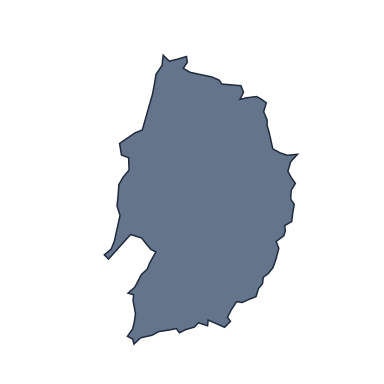 the district of Lagoa Bonita do Sul, Rio Grande do Sul, Brazil, rotated 69°
{"feature_id": "56859067B64847841628369", "entity_name": "Lagoa Bonita do Sul", "entity_type": "district", "adm_level": 2, "iso_a3": "BRA", "parent_name": "Brazil", "parent_adm1": "Rio Grande do Sul", "projection": "equal_earth", "projection_center": [-53.035, -29.505], "detail": "fine", "context": "isolated", "style": "filled", "palette": "slate", "viewbox_px": 384, "rotation_deg": 69, "n_neighbors": 0, "source": "geoboundaries", "source_scale": "gbopen_adm2", "svg_char_len": 1413}
<svg xmlns="http://www.w3.org/2000/svg" viewBox="0 0 384 384"><g transform="rotate(69 192 192)"><path d="M219.2,296.4L224.7,294.0L209.7,264.6L216.9,255.5L224.1,253.3L230.8,251.0L235.0,247.2L242.8,256.6L248.0,261.5L250.8,268.7L260.3,279.4L263.5,288.0L267.0,283.3L272.3,286.0L278.6,287.1L285.4,288.4L292.6,292.4L298.4,296.4L303.6,304.0L308.1,300.1L313.2,300.7L309.7,292.4L311.4,280.7L310.4,273.2L312.7,262.6L313.9,255.5L318.9,254.2L318.2,246.9L319.0,238.2L316.4,232.9L322.5,225.4L317.4,222.8L324.7,215.4L330.0,210.1L326.5,202.4L321.7,203.8L316.2,197.7L310.4,189.7L313.2,184.7L312.7,178.4L312.6,169.7L306.0,164.6L302.7,158.9L297.1,156.0L295.4,149.9L291.6,143.5L284.6,137.5L275.6,131.1L268.3,131.2L265.8,122.1L261.8,118.8L256.6,117.5L255.3,109.5L246.8,105.0L240.3,101.0L234.0,102.4L226.0,98.8L221.0,92.4L214.2,94.1L207.1,95.1L199.1,89.0L194.6,80.0L191.9,89.8L186.8,96.0L180.6,101.1L171.9,99.8L163.5,98.6L156.7,98.0L151.5,96.0L142.8,96.4L135.4,90.7L130.2,94.0L126.0,97.5L123.6,107.4L122.7,114.0L117.4,108.2L110.3,108.2L101.9,125.5L97.4,126.5L91.8,132.1L79.8,150.6L73.5,155.9L69.2,149.9L63.5,148.6L62.8,157.9L61.7,166.3L54.0,169.9L63.1,174.6L69.2,183.4L76.6,187.7L85.9,193.4L116.2,216.1L116.4,224.1L118.4,232.5L120.7,242.2L132.2,244.6L137.2,238.9L149.0,242.9L153.3,250.8L158.8,257.6L170.8,263.2L178.1,267.0L188.1,267.6L210.2,282.2L216.4,288.0L219.2,296.4Z" fill="#64748b" stroke="#1e293b" stroke-width="1.5"/></g></svg>